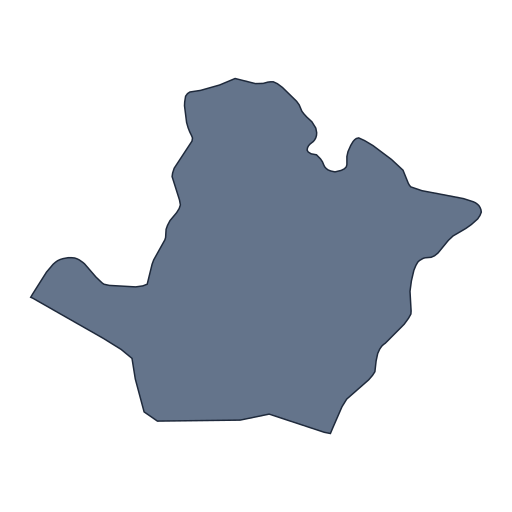 the Department of Sonsonate
{"feature_id": "SLV-1348", "entity_name": "Sonsonate", "entity_type": "Department", "adm_level": 1, "iso_a3": "SLV", "parent_name": "El Salvador", "parent_adm1": "", "projection": "mercator", "projection_center": [-89.666, 13.711], "detail": "fine", "context": "isolated", "style": "filled", "palette": "slate", "viewbox_px": 512, "rotation_deg": 0, "n_neighbors": 0, "source": "natural_earth", "source_scale": "10m", "svg_char_len": 1974}
<svg xmlns="http://www.w3.org/2000/svg" viewBox="0 0 512 512"><path d="M330.4,433.5L324.3,432.3L269.1,414.1L240.1,420.1L157.4,421.1L144.1,411.9L135.3,379.0L132.0,358.4L121.1,349.4L103.2,338.3L32.6,298.1L30.7,297.3L32.7,293.9L46.5,272.1L53.1,264.3L55.5,262.2L57.6,260.7L60.2,259.5L63.1,258.6L68.1,257.7L71.6,257.7L74.7,258.0L77.0,258.8L79.1,259.8L82.7,262.3L84.5,263.8L95.9,277.0L102.2,283.0L103.9,284.2L109.3,285.4L135.6,286.9L142.8,285.9L147.2,284.2L152.1,264.2L153.7,259.9L164.9,239.8L165.6,237.5L166.1,229.3L167.5,225.4L170.0,220.6L176.6,212.7L179.2,208.5L180.4,204.9L179.5,200.0L172.1,176.6L172.6,173.1L174.2,168.2L192.0,141.1L192.5,138.0L191.7,135.9L189.7,131.8L188.1,127.7L186.6,122.5L184.5,105.7L184.7,101.9L185.6,96.2L187.5,93.6L189.9,92.0L200.5,90.4L219.6,85.0L235.1,78.5L255.4,83.6L263.2,83.4L267.9,82.1L270.6,81.8L273.3,81.8L277.4,83.7L282.5,87.5L296.6,101.3L299.2,104.9L301.9,111.3L303.9,113.9L306.6,116.9L311.9,121.8L315.8,128.1L316.7,132.8L316.5,135.3L315.8,137.8L314.7,139.8L313.4,141.4L310.0,144.1L308.5,145.8L307.5,147.8L307.1,150.1L308.2,152.0L311.1,153.8L316.5,154.8L320.5,158.9L322.5,161.9L323.6,164.6L324.6,166.7L326.1,168.4L328.0,169.9L330.8,171.0L335.0,171.9L341.2,170.4L344.4,168.8L346.3,166.8L346.9,164.6L346.9,156.5L348.0,151.6L350.8,145.3L353.1,141.5L354.6,139.8L356.3,138.5L358.7,137.9L364.6,140.6L373.0,145.6L391.4,159.4L403.0,170.2L408.3,183.3L409.4,185.2L410.8,186.9L422.0,190.7L463.5,198.6L473.4,201.8L475.5,202.8L477.3,204.1L478.8,205.5L480.0,207.4L480.9,209.6L481.3,212.1L480.0,215.4L477.7,218.9L471.4,224.5L465.9,228.4L453.1,235.9L448.4,240.3L438.0,253.0L434.5,255.8L431.1,257.3L425.0,257.8L423.1,258.4L419.5,260.5L417.8,262.1L415.9,265.4L413.9,270.2L411.4,280.9L410.0,291.3L411.1,311.0L410.9,314.0L408.5,318.3L404.2,324.2L385.3,343.2L383.5,344.5L381.7,346.2L379.7,349.1L377.7,353.5L376.1,361.0L374.9,371.7L372.5,375.4L368.7,379.8L346.7,399.1L342.0,406.7L332.8,427.8L330.4,433.5Z" fill="#64748b" stroke="#1e293b" stroke-width="1.5"/></svg>